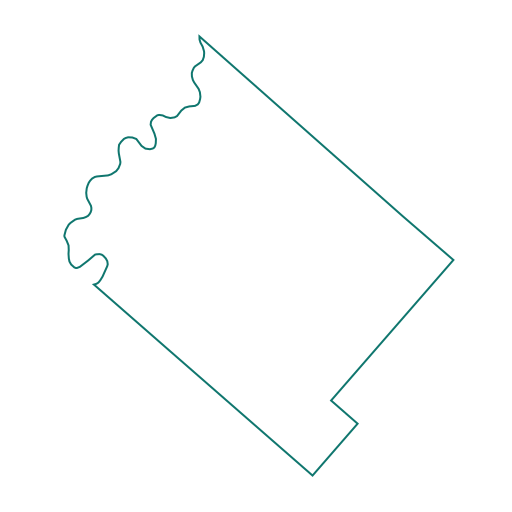 outline of Harrison, Iowa, United States of America, rotated 41°
{"feature_id": "52423323B91984368799839", "entity_name": "Harrison", "entity_type": "district", "adm_level": 2, "iso_a3": "USA", "parent_name": "United States of America", "parent_adm1": "Iowa", "projection": "robinson", "projection_center": [-96.054, 41.686], "detail": "fine", "context": "isolated", "style": "outline", "palette": "teal", "viewbox_px": 512, "rotation_deg": 41, "n_neighbors": 0, "source": "geoboundaries", "source_scale": "gbopen_adm2", "svg_char_len": 1580}
<svg xmlns="http://www.w3.org/2000/svg" viewBox="0 0 512 512"><g transform="rotate(41 256 256)"><path d="M340.4,129.7L69.3,127.4L71.4,129.7L74.1,131.4L78.4,133.0L82.5,135.6L83.8,136.9L86.0,139.9L87.3,143.1L87.3,146.0L85.6,152.8L85.6,154.7L86.5,157.8L87.5,160.0L89.8,162.5L92.9,164.6L95.5,165.6L103.0,167.5L106.2,169.2L109.6,172.3L110.9,174.3L112.4,177.5L112.6,179.8L111.5,182.7L107.5,186.9L105.0,190.6L104.2,195.2L104.6,202.2L103.6,204.8L100.8,208.1L96.8,210.2L93.4,211.1L90.3,213.1L89.2,214.6L88.2,219.1L88.2,221.5L88.7,223.6L90.4,226.1L99.1,230.3L103.7,233.3L106.4,236.7L107.4,238.5L107.9,239.9L108.0,241.2L107.6,242.6L105.9,245.0L102.1,247.5L97.4,248.0L88.9,246.2L84.9,247.7L81.6,250.3L80.2,252.5L79.5,254.3L79.3,258.3L79.3,258.5L79.7,261.9L81.4,264.4L83.2,266.7L85.2,268.6L92.0,274.0L93.1,275.6L94.6,279.9L94.8,283.7L93.2,289.2L91.5,292.2L83.7,300.4L82.5,302.1L81.5,305.1L81.4,307.9L81.7,310.4L82.7,313.4L83.8,315.9L86.4,319.7L89.3,322.4L91.0,323.5L98.5,326.4L100.2,327.7L101.6,329.4L102.5,331.5L102.9,333.7L102.9,335.9L102.1,338.1L100.8,340.5L96.7,345.3L95.6,347.3L94.3,352.6L94.1,355.2L95.3,360.9L97.9,366.2L98.8,367.1L103.3,368.8L107.6,371.0L110.8,374.4L113.1,377.4L116.4,380.7L118.9,382.6L122.1,383.7L126.4,383.8L128.0,383.2L128.8,382.4L130.2,379.7L132.3,369.4L133.6,360.6L134.3,359.6L136.7,357.2L138.7,356.2L140.6,356.0L144.3,356.4L147.2,357.5L149.5,359.5L150.4,361.3L153.7,372.2L154.4,376.5L154.5,378.8L154.3,380.3L153.7,381.9L152.4,383.9L253.3,384.2L442.7,384.6L442.7,315.9L407.5,315.8L407.6,129.5L340.4,129.7Z" fill="none" stroke="#0f766e" stroke-width="2"/></g></svg>